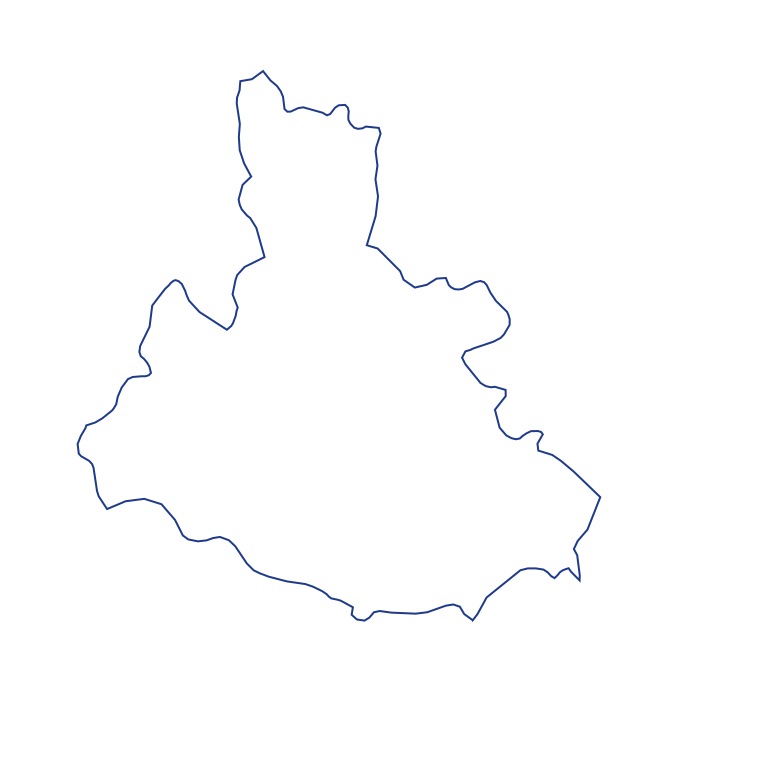 outline of Guarda, rotated 116°
{"feature_id": "PRT-753", "entity_name": "Guarda", "entity_type": "District", "adm_level": 1, "iso_a3": "PRT", "parent_name": "Portugal", "parent_adm1": "", "projection": "robinson", "projection_center": [-7.291, 40.712], "detail": "fine", "context": "isolated", "style": "outline", "palette": "blue", "viewbox_px": 768, "rotation_deg": 116, "n_neighbors": 0, "source": "natural_earth", "source_scale": "10m", "svg_char_len": 2902}
<svg xmlns="http://www.w3.org/2000/svg" viewBox="0 0 768 768"><g transform="rotate(116 384 384)"><path d="M582.0,620.2L581.7,624.5L580.4,627.8L572.2,633.1L563.5,633.7L554.7,633.0L551.7,633.4L551.5,633.2L549.7,631.3L545.0,626.5L538.1,622.0L526.8,616.7L524.2,616.2L519.6,615.8L512.3,617.7L502.1,618.2L491.9,616.3L487.9,613.0L483.5,605.6L481.7,601.9L479.2,599.2L476.2,598.3L471.3,602.4L468.6,606.4L466.6,610.8L465.7,614.7L462.5,617.9L456.7,619.8L435.3,619.8L415.1,626.7L403.7,624.4L394.3,622.4L389.6,620.6L386.8,620.0L383.6,618.5L382.0,616.8L381.6,613.7L382.8,609.5L387.3,603.7L391.2,599.8L394.6,595.7L400.2,581.3L404.1,549.0L398.8,546.7L395.4,546.4L387.6,547.2L383.1,548.5L379.4,549.0L369.8,559.4L355.4,563.1L350.4,563.7L339.9,560.6L322.3,547.0L299.7,567.1L293.5,577.0L292.7,580.8L289.5,588.3L286.4,592.0L282.0,595.5L267.0,598.4L255.8,594.3L247.0,606.5L237.2,616.1L225.5,622.8L213.4,627.6L196.5,639.3L191.1,641.6L183.5,642.5L174.8,645.9L168.0,636.4L155.8,629.9L160.9,619.2L163.1,610.7L166.3,605.0L170.2,600.6L180.4,594.0L181.6,590.3L180.1,587.3L173.6,582.0L170.7,577.8L167.1,558.0L167.5,553.1L164.9,550.7L157.1,549.1L153.3,546.8L150.2,541.3L151.5,537.7L154.6,535.1L158.5,533.7L162.2,531.8L164.8,528.3L166.7,523.2L166.1,519.3L163.6,515.4L160.6,513.2L156.1,500.9L160.5,496.8L174.0,494.9L178.6,493.5L190.6,485.6L203.8,481.4L218.0,471.6L236.9,465.1L266.8,460.3L265.0,449.1L275.5,418.9L281.7,412.1L283.8,398.6L276.1,389.0L266.2,382.9L261.6,374.9L266.7,369.1L267.7,366.1L267.8,362.1L266.4,358.5L264.1,355.1L252.8,346.9L249.2,342.6L248.6,338.6L250.1,335.0L255.2,328.5L260.2,319.9L265.2,305.1L267.2,302.6L270.7,299.4L275.8,297.0L286.9,297.9L291.5,299.4L298.0,304.2L313.0,319.4L315.6,321.4L318.9,325.1L326.1,325.4L330.6,319.5L340.8,297.6L341.3,291.6L340.0,286.3L337.9,283.1L336.0,272.1L341.5,269.3L358.5,273.0L372.6,260.9L376.6,251.5L376.8,245.6L375.9,241.4L373.5,238.1L369.8,236.6L365.7,234.2L361.9,231.1L358.7,224.8L358.3,221.7L359.6,219.2L370.4,219.9L376.2,216.1L374.0,201.6L375.5,191.3L379.5,175.3L390.9,140.0L425.7,137.3L440.1,141.1L449.1,141.0L453.2,135.3L470.3,124.1L474.8,122.1L470.7,133.7L468.7,137.3L470.7,139.5L473.3,141.8L476.2,143.4L479.4,144.1L483.7,145.6L483.4,149.5L481.5,154.4L480.9,159.3L483.1,166.5L486.7,173.9L491.5,179.7L530.9,198.2L549.9,199.1L557.2,200.6L557.5,200.7L557.4,200.8L555.6,211.1L550.9,218.2L551.8,225.1L556.2,231.3L570.2,245.1L576.5,254.8L586.2,277.0L590.0,288.5L593.6,293.0L600.3,294.7L605.2,297.8L607.5,305.1L605.6,311.9L598.3,314.1L597.7,327.9L598.3,331.5L599.8,337.3L599.3,340.3L598.1,343.3L597.3,348.7L597.3,359.2L598.3,367.0L604.0,384.8L607.7,403.1L608.6,412.8L608.6,419.4L605.4,428.7L595.1,446.4L592.4,454.9L593.4,464.4L597.3,470.0L602.3,474.9L607.0,482.3L609.5,491.8L608.3,498.4L597.8,512.2L589.6,531.3L592.3,549.1L602.7,564.9L617.8,578.1L610.0,591.2L606.0,595.0L586.7,608.3L583.9,611.3L582.3,615.5L582.0,620.2Z" fill="none" stroke="#1e3a8a" stroke-width="2"/></g></svg>